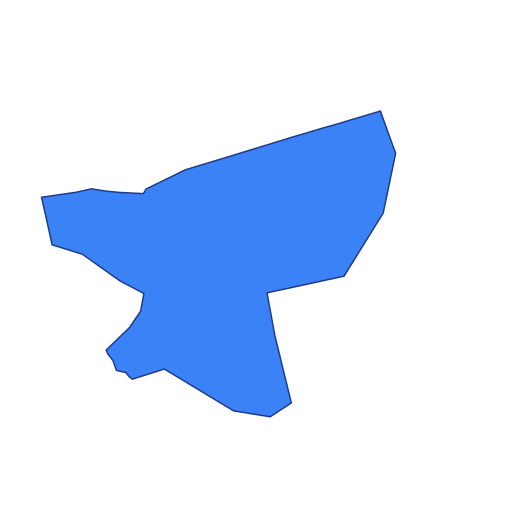 outline of San Pedro Taviche, Oaxaca, Mexico, rotated 153°
{"feature_id": "50627088B42650347331472", "entity_name": "San Pedro Taviche", "entity_type": "district", "adm_level": 2, "iso_a3": "MEX", "parent_name": "Mexico", "parent_adm1": "Oaxaca", "projection": "orthographic", "projection_center": [-96.523, 16.649], "detail": "fine", "context": "isolated", "style": "filled", "palette": "blue", "viewbox_px": 512, "rotation_deg": 153, "n_neighbors": 0, "source": "geoboundaries", "source_scale": "gbopen_adm2", "svg_char_len": 696}
<svg xmlns="http://www.w3.org/2000/svg" viewBox="0 0 512 512"><g transform="rotate(153 256 256)"><path d="M420.4,405.7L429.0,372.3L432.6,358.5L409.9,336.4L388.5,295.5L372.9,273.5L383.9,259.2L401.4,249.6L432.2,240.2L432.5,236.0L430.9,227.7L432.3,217.4L424.8,211.2L423.9,206.2L422.1,202.4L389.0,196.9L346.2,128.1L316.3,106.3L291.2,109.1L275.5,175.8L275.4,176.3L262.9,218.2L222.5,207.5L186.7,198.1L123.2,236.5L104.4,259.9L84.9,284.2L84.0,292.2L79.4,328.7L110.5,334.4L125.7,337.1L137.5,339.5L171.2,345.7L214.0,353.2L248.6,359.3L279.7,364.9L298.9,365.2L323.5,365.6L328.0,362.7L349.1,374.8L360.5,382.1L372.2,390.6L387.2,394.4L420.4,405.7Z" fill="#3b82f6" stroke="#1e3a8a" stroke-width="1.5"/></g></svg>